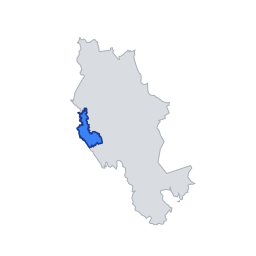 location of North Kazakhstan within Kazakhstan, rotated 247°
{"feature_id": "KAZ-3204", "entity_name": "North Kazakhstan", "entity_type": "Region", "adm_level": 1, "iso_a3": "KAZ", "parent_name": "Kazakhstan", "parent_adm1": "", "projection": "equal_earth", "projection_center": [70.634, 53.821], "detail": "fine", "context": "in_parent", "style": "filled", "palette": "blue", "viewbox_px": 256, "rotation_deg": 247, "n_neighbors": 0, "source": "natural_earth", "source_scale": "10m", "svg_char_len": 7964}
<svg xmlns="http://www.w3.org/2000/svg" viewBox="0 0 256 256"><g transform="rotate(247 128 128)"><path d="M148.2,164.5L147.0,165.1L146.3,166.0L145.4,165.7L143.8,167.5L138.8,170.2L135.7,174.0L135.6,175.8L134.8,175.8L132.9,174.5L133.2,172.9L132.3,171.8L125.8,171.9L124.8,166.3L122.2,166.2L122.9,159.4L121.3,160.2L119.8,157.3L116.8,154.5L114.3,155.6L107.9,155.1L101.5,156.0L97.4,151.4L96.7,149.9L84.5,142.1L71.0,145.9L69.0,170.9L66.2,171.1L63.5,166.5L59.8,163.9L54.1,165.2L50.9,167.7L50.9,165.5L52.0,163.3L52.1,161.0L48.5,160.3L47.2,158.3L45.5,158.2L45.8,156.1L44.7,154.3L43.8,151.3L41.3,150.4L41.0,149.5L41.4,148.7L42.0,148.4L44.3,148.3L45.8,149.2L47.8,149.0L46.6,148.4L45.3,146.4L47.7,143.5L52.9,143.2L56.9,143.6L54.8,142.0L57.1,137.9L56.9,136.1L57.6,134.8L57.2,133.6L56.5,132.9L54.3,132.7L52.4,133.7L49.9,132.4L47.8,131.9L43.7,133.4L40.8,135.3L38.0,135.8L38.0,136.5L37.6,136.3L37.1,136.6L37.2,137.0L34.3,135.5L33.8,134.9L33.9,134.4L35.8,134.5L36.2,134.1L33.0,128.0L29.6,127.4L28.6,127.8L27.8,126.4L27.9,124.6L26.0,123.4L25.9,122.4L26.6,120.9L28.6,118.7L27.6,117.3L27.9,116.5L29.0,114.2L30.5,113.3L31.1,111.6L32.1,110.8L33.1,110.9L35.7,114.2L36.2,114.4L37.9,113.8L38.4,113.2L37.8,109.4L38.7,109.5L41.5,107.9L42.6,106.5L44.2,106.2L46.8,105.0L49.5,102.5L51.2,103.0L52.0,104.1L53.3,104.0L56.4,102.6L58.0,104.0L61.8,104.0L65.4,106.8L66.6,108.4L66.7,109.6L67.1,109.9L67.6,109.1L67.3,107.4L67.8,106.9L71.2,109.1L72.7,109.6L74.6,108.8L75.1,108.0L76.9,106.9L77.6,107.1L79.5,106.6L81.6,107.7L82.6,107.5L83.6,106.4L86.2,106.6L88.6,108.9L91.3,109.4L91.6,110.2L93.1,109.6L94.4,108.0L96.2,109.0L98.7,108.9L101.0,107.9L102.1,105.6L102.0,105.0L101.1,104.3L96.8,103.0L96.5,102.2L94.8,101.2L96.8,100.1L98.0,99.9L99.7,98.8L98.7,96.7L100.2,94.9L104.6,95.1L105.2,94.7L104.9,94.1L103.2,93.3L101.0,93.0L100.9,92.7L101.2,92.0L102.7,91.5L102.5,91.2L101.4,91.4L100.1,91.0L101.5,88.6L104.8,89.0L117.1,86.4L119.3,86.3L120.1,86.7L120.8,85.6L122.0,85.0L125.5,84.7L134.8,82.9L135.2,82.4L135.1,81.8L136.6,81.5L138.7,80.5L141.2,80.7L144.4,81.8L147.1,81.0L147.9,82.0L149.2,85.1L149.1,86.5L148.6,87.1L148.8,87.4L150.0,87.7L153.2,87.5L154.0,86.7L155.0,88.0L155.3,89.0L156.0,88.7L155.8,88.1L156.1,87.9L157.5,88.0L159.1,88.9L161.4,88.4L161.2,89.1L159.4,90.4L159.4,91.1L160.0,92.0L162.1,91.0L163.8,91.2L164.5,91.8L165.0,90.8L166.8,89.7L168.6,89.3L169.4,88.9L169.6,88.2L176.2,86.1L175.5,87.8L174.3,87.8L174.7,88.6L181.5,93.1L189.9,104.0L192.7,108.4L194.8,107.4L194.9,105.9L196.2,105.2L198.2,105.8L198.0,107.2L199.6,107.3L200.1,108.6L205.1,108.7L206.4,107.7L209.3,107.1L212.3,108.4L214.4,111.8L217.8,112.9L218.0,114.0L219.3,115.7L224.1,116.5L226.4,114.7L226.7,115.2L226.3,116.1L227.3,116.5L228.3,117.8L229.5,118.3L230.1,119.1L227.5,119.3L227.2,120.0L227.3,121.6L226.6,122.7L222.6,123.6L221.8,126.6L222.8,130.9L222.1,132.2L220.8,132.4L218.6,133.7L218.0,132.8L214.6,132.8L209.5,131.4L206.6,141.9L206.7,142.4L208.2,143.0L208.3,143.9L207.9,145.0L206.5,144.4L204.9,144.8L203.5,143.5L195.2,145.8L194.3,146.6L195.0,147.2L196.3,147.1L197.5,147.8L196.9,148.9L197.1,151.9L198.8,155.5L199.0,157.3L199.7,158.3L199.5,158.7L198.8,158.5L197.6,159.1L197.6,159.5L198.5,160.2L196.7,161.2L196.6,161.9L197.2,164.6L197.0,164.9L195.4,163.4L192.8,162.9L191.1,160.9L179.8,159.6L173.8,159.8L172.8,160.6L171.4,160.5L168.5,159.5L165.3,157.7L163.9,158.0L161.9,159.4L161.2,162.2L161.6,163.4L155.2,161.0L152.5,160.6L149.9,161.2L148.0,163.9L148.2,164.5ZM41.0,146.8L40.5,147.0L40.1,146.3L40.3,145.6L40.8,145.3L40.3,146.2L41.0,146.8ZM54.2,143.1L53.8,143.0L53.6,142.7L54.2,142.4L54.2,143.1Z" fill="#d9dde1" stroke="#a8b0b8" stroke-width="1"/><path d="M138.6,80.2L139.4,80.4L139.5,80.5L139.7,80.8L139.9,80.8L140.3,80.5L141.1,80.7L142.0,80.8L142.6,81.0L142.8,81.1L143.2,81.5L143.3,81.6L143.7,81.6L143.9,81.7L144.5,82.0L144.7,81.9L144.8,81.7L145.4,81.6L145.4,81.4L145.5,81.3L145.7,81.1L145.8,81.1L146.1,81.2L146.5,81.1L146.7,80.9L147.0,80.9L147.3,80.9L147.5,81.0L147.3,81.2L147.3,81.3L148.1,82.1L148.2,82.3L148.2,82.6L148.1,82.9L148.2,83.1L148.1,83.3L148.1,83.5L148.3,83.6L148.3,83.9L148.4,84.1L148.6,84.2L148.8,84.3L149.0,84.4L149.3,84.4L149.5,84.6L149.6,84.9L149.5,85.0L149.4,85.0L149.2,85.1L149.0,85.3L149.1,85.8L149.2,86.0L149.3,86.3L149.3,86.8L148.9,86.8L148.5,86.7L148.4,86.7L148.2,86.7L148.2,86.9L148.2,87.1L148.5,87.1L148.6,87.4L148.6,87.5L148.8,87.7L149.0,88.0L149.4,88.0L149.5,87.9L149.8,87.6L150.0,87.5L150.3,87.6L150.5,87.6L150.6,88.0L151.0,87.9L151.3,88.0L151.5,88.0L151.7,87.9L151.8,87.8L151.8,87.5L151.8,87.4L151.9,87.2L152.0,87.2L152.9,87.3L153.1,87.3L153.5,87.8L153.8,87.9L154.0,87.9L154.0,87.6L153.7,87.5L153.5,87.4L153.4,87.2L153.5,87.1L153.6,86.8L153.3,86.6L153.2,86.5L153.3,86.4L153.9,86.5L154.0,86.6L154.3,86.9L154.4,87.1L154.5,87.1L154.7,87.3L154.6,87.6L155.5,87.9L155.4,88.0L155.2,88.0L154.9,88.1L154.9,88.3L155.0,88.4L155.1,88.5L154.9,89.1L155.0,89.2L155.2,89.3L155.3,89.3L155.4,89.2L155.6,89.0L155.8,88.9L156.4,89.0L156.5,88.9L156.5,88.7L156.4,88.6L156.3,88.4L156.2,88.4L155.6,88.4L155.7,88.1L155.9,87.9L156.1,87.9L157.4,88.0L157.7,88.0L157.8,88.1L157.8,88.4L158.1,88.5L158.3,88.8L159.7,89.1L159.8,89.0L159.8,88.9L160.0,88.9L160.2,89.0L160.3,89.0L160.4,88.9L160.5,88.9L160.4,88.7L160.5,88.6L160.8,88.6L160.8,88.4L161.1,88.2L161.2,88.4L161.5,88.3L161.3,89.3L161.2,89.4L161.1,89.5L160.3,89.4L160.2,89.4L160.0,89.5L159.9,89.6L160.1,89.8L159.6,90.0L159.5,90.6L159.3,90.6L159.2,90.6L159.0,90.8L159.2,91.0L159.1,91.3L159.9,91.6L159.7,91.9L160.0,92.1L160.8,92.9L160.5,93.0L160.2,93.1L160.2,93.6L160.4,93.9L160.7,93.7L161.0,93.5L161.2,93.4L161.3,93.5L161.5,93.4L161.7,93.5L161.4,93.9L161.2,94.3L160.8,94.9L160.7,95.1L161.1,94.9L161.4,95.0L161.2,95.8L161.8,95.9L162.1,95.3L162.7,95.2L163.1,95.6L162.9,96.1L162.7,96.5L162.5,96.9L162.3,96.7L161.8,96.4L161.6,96.4L161.8,96.9L162.4,97.1L162.8,97.3L161.3,97.3L160.4,96.7L158.4,96.2L157.9,96.2L157.8,95.4L157.6,95.1L157.5,94.7L157.3,94.5L157.1,94.6L156.9,94.6L156.3,94.8L155.7,94.7L155.4,94.8L154.4,95.3L152.8,95.2L152.2,95.1L151.9,94.6L152.2,94.3L152.2,93.7L152.4,93.5L152.1,93.3L151.6,92.8L151.3,92.4L150.1,92.9L149.9,93.0L149.6,92.9L149.4,92.8L148.8,92.7L148.8,92.4L148.6,92.2L147.4,92.2L146.8,92.3L146.6,92.7L146.2,92.9L146.1,93.3L145.8,93.1L145.5,92.8L145.0,92.5L144.4,92.5L144.1,92.5L144.2,92.3L144.4,92.0L144.5,91.8L144.3,91.7L143.8,91.7L143.6,91.7L143.4,91.8L143.4,91.4L143.2,90.9L143.0,90.7L142.8,90.6L141.9,90.6L141.1,90.9L141.0,91.1L140.9,91.3L141.2,91.5L140.8,91.7L140.7,91.2L140.3,91.0L139.8,90.7L139.6,90.8L139.3,91.0L138.9,91.0L138.9,90.8L138.7,90.8L138.4,90.9L138.1,90.9L138.2,91.2L138.2,91.3L137.4,91.5L137.5,91.7L137.6,91.8L137.3,91.9L137.0,92.1L136.7,92.3L137.0,92.8L137.3,93.1L137.8,93.2L138.1,93.7L138.3,94.0L138.2,94.7L137.8,94.9L137.9,95.9L138.0,95.9L137.4,96.1L137.0,96.4L136.6,96.6L136.4,96.8L136.3,97.0L136.2,97.1L136.0,97.3L135.8,97.3L134.8,97.7L134.5,97.7L134.5,98.0L134.9,98.3L134.4,98.8L134.0,98.9L134.0,99.0L133.9,99.2L133.4,99.1L132.3,98.5L131.7,98.4L131.2,98.5L131.1,99.4L130.1,99.4L129.6,99.5L128.0,99.3L127.4,99.3L127.1,98.9L126.0,98.9L125.5,99.0L125.2,98.6L124.3,98.4L124.4,97.3L124.5,96.4L124.9,96.1L125.0,95.6L125.0,95.3L124.9,95.0L124.7,94.9L124.7,94.7L125.0,94.2L126.0,94.1L126.5,93.9L126.0,93.5L125.8,93.2L125.8,92.5L125.6,91.8L125.0,91.7L124.8,91.2L125.3,90.8L125.4,90.2L125.1,89.9L124.8,89.8L124.5,89.2L124.4,88.7L125.0,88.5L126.2,88.1L125.8,87.6L125.2,87.4L124.9,87.1L125.5,86.9L124.9,84.9L126.6,84.5L126.9,84.4L127.5,84.4L127.8,84.4L128.1,84.2L129.2,84.1L129.3,84.1L129.6,84.0L130.1,84.0L130.3,83.9L130.5,83.7L130.8,83.6L131.1,83.6L131.4,83.6L132.3,83.6L132.6,83.5L132.9,83.4L133.2,83.0L133.3,83.0L133.5,82.9L134.1,83.1L134.8,83.0L134.9,82.9L135.0,82.8L135.1,82.7L135.3,82.5L135.5,82.4L135.2,82.2L135.1,81.8L134.9,81.8L135.2,81.6L135.3,81.6L135.5,81.7L135.9,81.6L136.0,81.6L136.4,81.7L136.7,81.6L137.0,81.6L137.0,81.3L137.3,81.1L137.3,80.8L137.4,80.6L137.5,80.7L138.0,80.7L138.1,80.8L138.5,81.1L138.8,81.0L138.8,80.9L138.7,80.7L138.4,80.3L138.4,80.2L138.5,80.2L138.6,80.2Z" fill="#3b82f6" stroke="#1e3a8a" stroke-width="1.5"/></g></svg>